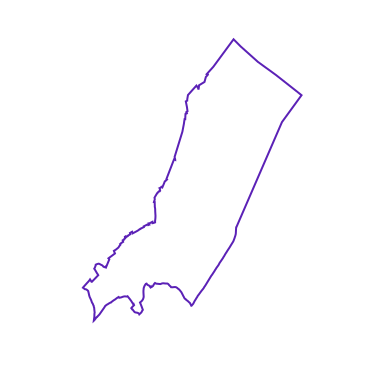 outline of Heemskerk, Noord-Holland, Netherlands, rotated 113°
{"feature_id": "6326949B56112339503679", "entity_name": "Heemskerk", "entity_type": "district", "adm_level": 2, "iso_a3": "NLD", "parent_name": "Netherlands", "parent_adm1": "Noord-Holland", "projection": "equal_earth", "projection_center": [4.68, 52.51], "detail": "fine", "context": "isolated", "style": "outline", "palette": "violet", "viewbox_px": 384, "rotation_deg": 113, "n_neighbors": 0, "source": "geoboundaries", "source_scale": "gbopen_adm2", "svg_char_len": 5546}
<svg xmlns="http://www.w3.org/2000/svg" viewBox="0 0 384 384"><g transform="rotate(113 192 192)"><path d="M322.7,255.0L322.8,254.3L323.1,253.5L323.2,252.8L323.3,252.6L323.0,251.6L323.1,250.7L323.2,250.3L323.3,249.8L323.6,249.2L323.7,248.9L325.7,247.4L327.3,246.3L327.8,245.8L328.3,245.5L329.3,244.4L330.0,243.6L330.6,243.0L331.0,242.5L331.6,242.0L332.8,240.9L333.0,240.7L333.3,240.1L333.7,239.6L334.4,239.0L335.1,238.1L336.1,237.5L336.3,237.3L336.8,236.8L338.0,236.2L340.5,234.8L341.0,234.5L342.0,234.3L343.6,233.7L345.1,233.1L348.8,232.1L348.1,231.8L346.6,231.4L344.7,231.0L344.5,230.9L344.3,230.6L344.1,230.6L341.0,229.4L340.1,229.2L332.1,227.5L331.2,227.5L330.8,227.2L330.6,227.2L330.3,227.1L329.7,226.8L329.5,226.6L328.9,226.3L328.6,226.0L328.1,225.6L327.4,225.2L325.6,223.8L325.6,223.7L325.4,223.4L324.9,223.2L324.6,223.1L323.0,222.2L322.2,221.7L321.1,220.9L318.8,219.6L318.1,219.1L317.3,218.5L317.6,218.0L317.8,217.8L317.8,217.7L317.1,216.6L316.5,215.8L315.6,214.9L314.6,213.6L314.4,213.2L314.1,212.4L313.7,211.1L313.4,210.6L313.2,210.5L313.9,209.2L314.8,207.5L316.1,205.3L318.3,202.2L317.9,202.0L318.8,201.1L320.7,201.9L322.6,202.5L323.5,201.0L323.4,200.7L324.7,198.5L324.8,198.2L324.9,197.9L325.0,197.5L325.0,197.2L324.9,196.8L324.5,195.0L324.5,194.6L324.5,194.2L324.6,193.8L324.7,193.4L324.9,193.0L325.2,192.7L322.7,191.6L322.0,191.5L321.3,191.5L319.7,191.2L316.7,194.0L314.0,196.7L313.2,196.2L312.7,196.0L311.8,195.6L310.9,195.4L310.4,195.3L309.9,195.2L308.5,195.3L307.9,195.4L307.2,195.6L303.3,197.5L301.9,198.1L300.3,198.6L299.4,198.9L298.3,199.0L297.5,199.0L296.8,199.0L296.0,198.9L294.6,198.6L294.4,198.3L294.1,198.0L294.7,197.1L294.8,196.7L294.9,196.1L294.9,195.6L294.9,195.1L295.0,194.6L295.4,194.0L296.0,193.0L295.2,192.8L295.5,192.5L295.6,192.4L295.5,192.2L295.2,192.0L293.7,191.2L293.4,191.1L292.7,191.1L292.0,191.0L291.4,190.9L290.9,190.8L290.2,190.5L290.3,189.6L290.4,189.3L289.1,185.1L288.7,184.7L288.2,184.2L287.9,183.9L287.7,183.6L287.3,182.9L287.1,182.3L286.6,180.7L286.4,180.1L286.1,179.4L285.9,178.9L285.9,178.6L285.9,178.4L286.1,177.6L286.6,176.8L287.2,175.3L287.3,174.8L287.4,174.7L287.7,174.2L287.8,174.1L287.4,172.9L286.3,170.9L286.0,170.1L285.9,169.6L285.9,169.4L286.0,168.7L286.1,168.0L286.4,167.3L286.5,167.0L286.6,166.4L286.6,166.2L287.5,164.2L287.9,163.6L288.2,163.0L288.6,162.3L289.3,161.6L289.5,161.4L289.7,161.0L290.6,160.0L291.0,159.5L291.3,159.2L291.6,158.7L292.3,158.0L292.7,157.4L292.9,157.1L293.0,157.0L293.0,156.5L293.1,156.1L293.3,155.5L293.7,154.9L293.7,154.4L294.0,153.3L294.4,152.2L294.7,151.5L294.8,151.0L295.1,150.3L295.7,149.7L295.9,149.5L296.2,149.0L296.3,148.7L296.6,148.5L296.9,148.4L297.0,148.3L297.0,148.2L296.9,148.0L296.6,147.9L295.9,147.7L294.4,147.2L291.4,147.0L289.7,146.7L287.5,146.4L286.6,146.2L285.2,146.1L283.9,145.7L283.4,145.6L279.5,144.7L277.1,144.0L275.9,143.7L274.7,143.6L274.0,143.4L272.3,143.1L262.8,141.7L261.5,141.5L260.0,141.1L259.2,141.0L256.0,140.4L255.0,140.3L252.9,139.9L252.5,139.9L250.4,139.4L248.5,139.0L248.0,139.0L247.1,138.9L246.7,138.9L243.2,138.2L240.8,137.7L239.7,137.6L238.1,137.3L236.9,137.2L234.8,136.9L234.3,136.7L233.7,136.7L232.5,136.5L228.1,135.7L225.9,135.4L221.4,134.7L220.7,134.7L218.1,134.8L216.0,135.0L215.5,135.0L213.6,135.3L212.4,135.7L210.5,136.4L207.4,137.5L207.1,137.5L207.1,137.4L92.5,136.5L60.1,129.0L58.0,136.5L51.5,160.4L46.5,182.1L39.0,204.1L35.2,213.4L68.4,221.3L77.7,224.5L77.7,223.3L78.1,223.3L80.7,224.2L85.8,223.5L91.0,227.2L95.1,226.0L94.7,226.4L93.9,227.1L93.6,227.6L92.9,228.5L92.3,229.5L104.3,233.6L108.5,232.6L109.8,232.1L111.0,233.1L116.0,229.7L119.4,227.7L120.6,228.5L120.8,228.5L121.1,228.3L121.2,228.1L121.4,227.5L121.5,227.4L121.7,227.5L122.7,228.5L127.6,226.7L127.8,227.3L129.5,226.9L132.4,226.1L140.3,224.4L166.6,221.7L168.6,220.2L169.0,220.0L169.0,221.3L175.3,221.1L181.7,220.9L190.1,220.6L190.3,219.9L192.6,220.9L192.8,221.2L193.2,221.2L195.0,221.1L199.4,221.1L199.2,222.2L200.0,222.4L200.7,223.0L200.7,222.8L201.5,223.0L203.3,221.8L203.9,222.0L203.8,222.4L205.0,223.0L206.3,223.5L206.6,223.5L206.8,223.4L207.1,223.7L211.9,224.3L212.6,223.8L213.1,223.5L213.7,223.3L215.6,223.2L216.2,223.1L216.0,222.3L216.5,222.2L216.8,222.0L219.1,220.9L219.3,220.8L219.7,220.7L220.3,220.3L220.6,220.2L221.1,219.8L221.8,219.4L222.4,219.1L224.4,218.2L227.2,216.8L228.2,216.3L230.3,215.5L232.6,214.8L232.8,214.8L234.4,214.1L235.7,215.5L236.1,216.1L234.9,216.8L235.7,217.5L235.9,217.6L237.9,219.3L238.0,219.2L238.0,219.3L238.9,218.7L239.5,219.3L238.8,219.9L242.5,223.0L243.1,222.6L244.8,224.1L245.3,224.5L246.4,225.2L246.5,225.3L246.4,225.4L246.9,225.7L247.1,225.9L247.8,226.2L248.7,226.8L250.0,227.8L251.6,229.1L253.3,230.5L252.0,231.6L253.3,232.6L254.0,233.1L255.0,232.3L257.0,233.8L257.1,233.7L257.3,233.7L259.6,235.2L258.8,235.8L259.5,236.3L259.9,236.1L260.8,235.4L262.4,236.3L262.6,236.1L263.6,236.9L264.8,235.9L266.2,236.9L266.5,237.0L267.1,237.5L267.6,237.5L267.8,237.5L268.1,237.8L268.6,237.3L269.3,237.5L270.2,237.8L271.2,237.9L272.0,238.1L274.7,239.5L276.7,240.9L278.7,238.9L285.7,243.0L286.3,241.8L286.6,241.8L294.8,241.7L294.6,242.1L294.9,242.1L295.0,242.1L295.3,242.3L295.3,243.0L295.2,243.7L295.4,244.2L295.3,244.4L294.7,245.6L294.6,246.0L294.5,247.9L294.4,248.5L294.4,249.8L294.6,250.1L295.1,250.8L295.4,251.2L295.9,251.6L296.5,252.2L296.9,252.0L297.3,252.0L298.6,251.9L299.8,251.9L300.8,252.0L300.9,251.8L301.5,250.9L304.2,247.3L304.3,247.0L305.2,245.8L313.8,249.1L313.9,249.4L312.3,251.7L313.4,251.9L315.3,252.5L315.8,252.7L321.6,254.7L322.2,254.9L322.7,255.0Z" fill="none" stroke="#5b21b6" stroke-width="2"/></g></svg>